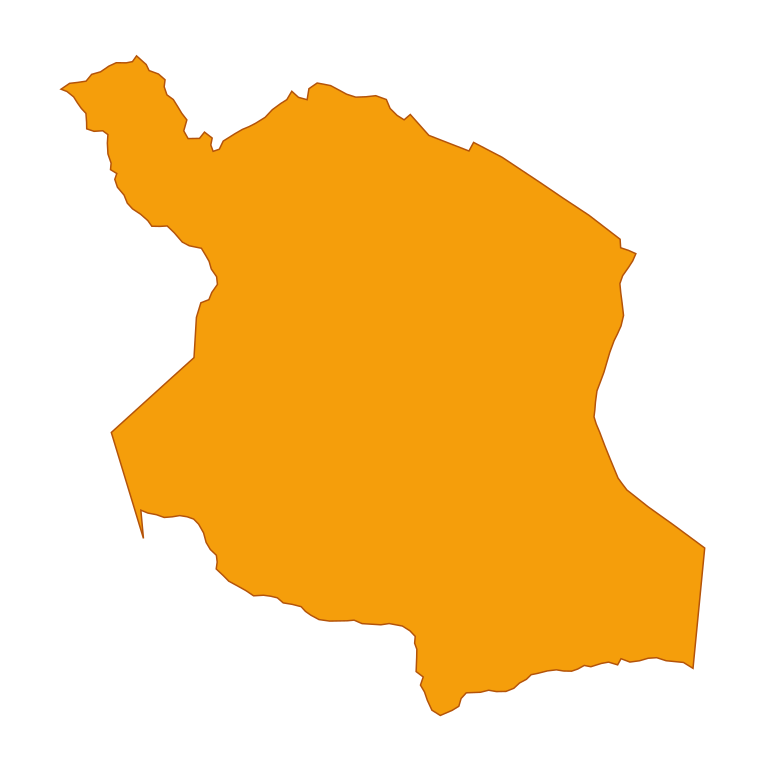 outline of Pocinhos, Paraíba, Brazil, rotated 269°
{"feature_id": "56859067B52062450709607", "entity_name": "Pocinhos", "entity_type": "district", "adm_level": 2, "iso_a3": "BRA", "parent_name": "Brazil", "parent_adm1": "Paraíba", "projection": "mercator", "projection_center": [-36.082, -7.057], "detail": "fine", "context": "isolated", "style": "filled", "palette": "amber", "viewbox_px": 768, "rotation_deg": 269, "n_neighbors": 0, "source": "geoboundaries", "source_scale": "gbopen_adm2", "svg_char_len": 2793}
<svg xmlns="http://www.w3.org/2000/svg" viewBox="0 0 768 768"><g transform="rotate(269 384 384)"><path d="M340.3,110.5L267.6,131.2L233.8,140.8L262.1,138.7L259.1,145.6L257.3,154.2L254.4,161.9L254.9,170.0L256.0,177.5L254.7,184.8L252.3,191.3L247.1,196.2L238.3,201.0L228.7,203.4L221.5,207.5L215.7,213.4L208.9,214.1L202.0,213.0L195.3,219.9L189.5,225.4L185.4,232.7L179.9,242.2L174.5,249.9L174.9,259.8L173.8,267.0L172.1,273.6L166.9,279.4L165.3,288.3L162.8,297.3L158.0,301.5L154.0,307.0L149.6,314.9L147.9,325.5L147.9,336.6L147.9,343.0L148.4,350.0L144.8,357.9L144.1,366.7L143.3,376.6L144.4,385.0L141.7,398.1L136.8,405.6L131.1,410.8L124.3,410.1L118.2,412.2L110.0,411.9L95.9,411.1L90.4,418.1L82.3,415.2L75.4,419.1L67.0,421.8L57.0,426.2L51.6,434.5L56.6,446.6L60.5,453.2L68.2,455.6L73.8,460.9L74.1,475.1L76.0,483.3L74.5,491.0L74.5,500.6L77.5,508.5L82.7,514.3L86.3,521.3L90.8,526.1L91.9,532.2L94.3,542.4L95.2,551.4L93.9,558.6L93.6,566.6L95.6,572.7L99.1,579.3L97.7,585.9L100.8,596.4L102.0,603.7L99.1,612.7L105.2,616.2L101.7,625.0L102.8,634.6L105.2,643.4L105.6,651.9L102.4,661.2L101.4,669.8L100.4,678.5L94.3,688.0L214.4,701.8L238.2,670.8L256.7,645.8L273.8,625.0L280.2,620.3L285.8,616.4L304.8,608.9L318.1,603.8L325.9,601.0L331.8,598.9L340.3,595.5L347.5,593.4L354.7,594.4L362.1,595.1L373.4,596.8L384.7,601.3L391.9,604.1L401.8,607.2L411.7,610.3L423.3,614.8L429.8,618.2L437.9,622.0L448.4,624.7L461.5,623.4L471.3,622.3L480.2,621.6L488.1,624.5L496.3,630.5L502.7,634.8L509.9,638.1L513.3,630.9L516.1,623.0L524.6,622.6L549.2,591.8L554.0,584.8L567.2,565.6L581.6,545.2L608.6,506.1L624.0,477.8L615.5,473.0L631.8,433.2L653.0,415.0L647.8,408.7L652.3,401.8L659.4,394.9L668.4,391.3L672.4,380.8L671.5,370.9L671.3,360.8L674.4,351.7L678.7,344.1L683.3,335.8L684.8,328.9L686.1,322.4L680.6,314.1L669.6,312.1L672.1,303.5L678.3,296.9L670.0,291.8L666.3,285.7L660.2,277.1L652.7,269.8L646.9,260.1L643.7,253.6L641.0,246.8L636.9,239.4L629.7,227.5L621.6,223.4L619.6,217.2L626.0,215.0L632.9,216.5L639.0,208.9L632.8,203.8L632.8,192.4L640.6,188.2L651.5,191.5L658.2,186.5L664.6,182.8L672.1,178.3L676.9,172.0L685.0,169.4L692.0,170.4L697.9,163.9L701.5,154.6L707.6,151.8L716.4,142.3L710.7,138.1L709.6,131.8L709.9,121.9L706.6,114.4L701.1,106.1L698.7,97.1L692.0,91.4L690.9,83.1L690.1,74.9L684.4,66.2L682.0,72.1L676.5,78.7L670.4,82.4L664.8,86.2L659.8,90.7L650.9,91.2L644.3,91.2L641.7,98.5L642.1,107.2L638.2,112.3L629.7,111.6L618.8,112.0L609.6,115.0L603.1,114.3L599.1,120.5L593.3,118.4L585.4,120.9L577.4,127.4L569.3,130.5L563.5,135.6L558.0,143.6L551.5,150.7L545.8,154.6L545.5,162.8L545.8,170.0L538.9,176.9L529.4,184.8L525.6,191.7L522.9,203.8L515.3,208.2L509.6,211.3L502.0,213.3L494.2,218.5L486.5,219.2L478.5,213.4L471.4,210.4L468.4,202.3L453.9,197.6L413.7,194.5L394.8,172.8L340.3,110.5Z" fill="#f59e0b" stroke="#b45309" stroke-width="1.5"/></g></svg>